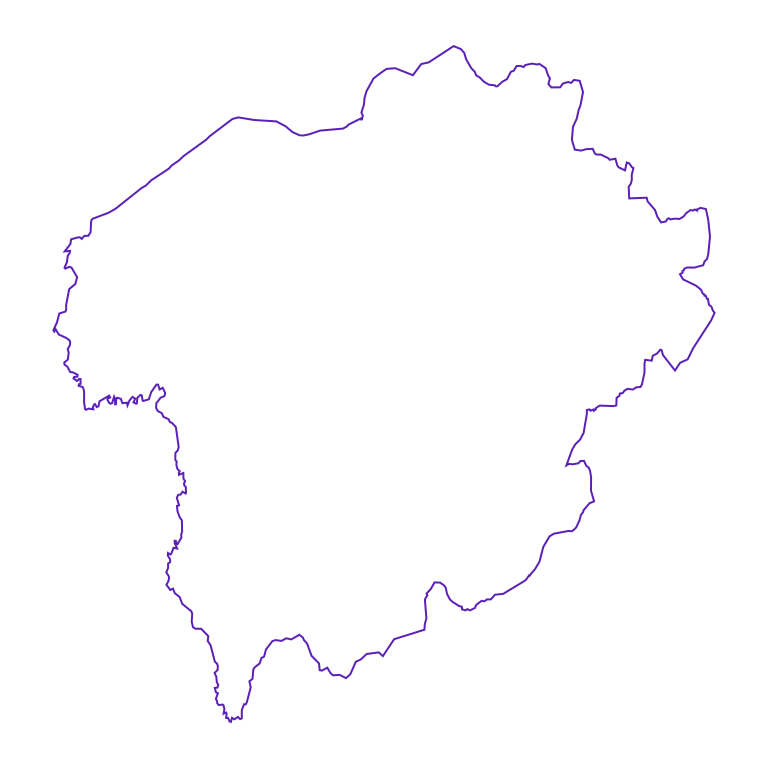 Ngoma, Eastern, Rwanda
{"feature_id": "39286606B28964371534134", "entity_name": "Ngoma", "entity_type": "district", "adm_level": 2, "iso_a3": "RWA", "parent_name": "Rwanda", "parent_adm1": "Eastern", "projection": "equal_earth", "projection_center": [30.488, -2.198], "detail": "fine", "context": "isolated", "style": "outline", "palette": "violet", "viewbox_px": 768, "rotation_deg": 0, "n_neighbors": 0, "source": "geoboundaries", "source_scale": "gbopen_adm2", "svg_char_len": 6013}
<svg xmlns="http://www.w3.org/2000/svg" viewBox="0 0 768 768"><path d="M71.1,239.3L70.4,244.0L64.7,251.4L70.0,250.9L69.7,252.8L67.7,256.0L67.0,262.0L64.5,267.7L65.3,268.6L69.3,266.8L71.5,267.6L77.1,277.1L75.4,283.9L69.2,289.1L66.2,304.7L66.1,310.3L65.3,311.6L59.3,313.5L57.0,322.3L53.4,330.3L54.2,331.6L55.7,329.4L58.8,334.5L66.5,338.1L69.5,340.3L70.2,342.2L69.8,345.5L67.7,349.1L68.7,352.6L67.9,359.5L64.3,362.5L64.5,364.6L67.3,366.6L70.3,372.1L72.8,372.3L77.6,374.8L77.4,376.6L74.1,377.0L73.5,378.4L77.0,381.0L79.3,378.9L80.5,379.0L80.6,383.9L79.0,384.2L78.6,385.8L82.6,387.0L83.5,388.9L84.1,391.6L84.1,402.6L85.1,409.2L86.0,409.8L88.5,408.6L93.4,409.3L92.8,407.3L94.3,404.3L95.1,404.1L96.7,407.1L98.5,406.3L99.5,401.3L109.2,395.6L110.2,397.5L107.6,398.5L107.5,399.7L109.0,402.7L110.5,403.7L112.1,403.2L114.1,396.6L115.0,398.6L115.1,404.3L116.0,404.2L116.1,399.8L116.9,397.9L117.8,397.9L120.8,398.8L122.5,403.2L126.9,402.7L127.5,405.4L129.6,400.3L132.5,396.9L135.2,398.6L133.5,402.4L136.1,403.7L136.8,403.4L137.4,397.8L140.5,394.9L141.8,395.4L142.6,400.6L143.3,401.0L148.8,399.3L151.2,392.1L156.5,384.6L158.1,384.6L159.6,389.5L162.7,387.8L163.4,389.2L165.1,392.8L164.9,394.8L164.3,396.2L160.6,397.7L156.4,403.1L156.1,407.9L157.7,411.0L161.8,413.2L163.5,416.9L168.4,419.1L170.1,422.3L171.8,422.7L175.9,427.2L178.7,447.3L177.6,450.6L175.4,452.9L175.3,459.8L176.6,461.5L176.4,465.1L177.5,469.0L179.7,471.2L178.8,473.0L179.0,474.8L183.3,473.0L183.5,478.8L185.1,481.1L184.0,483.5L184.3,485.4L185.8,487.1L186.0,492.6L185.7,493.5L182.5,491.7L180.7,494.5L178.2,494.9L176.8,497.8L179.1,505.4L177.0,505.9L177.5,511.3L179.7,517.3L181.9,520.4L182.1,531.8L181.1,534.7L181.4,537.5L177.5,544.2L176.8,544.1L175.8,540.8L174.6,540.8L174.7,543.0L177.1,548.5L173.5,547.8L171.2,553.9L170.4,554.5L168.0,553.0L167.8,555.5L170.0,559.2L170.2,561.0L169.9,562.3L168.1,563.5L168.1,568.0L166.3,572.4L168.8,576.2L169.0,578.5L168.5,580.9L166.4,584.8L170.3,590.0L173.0,588.6L174.8,593.2L179.6,597.0L182.3,603.9L191.4,611.3L192.2,614.0L191.7,621.8L193.0,627.1L195.3,628.7L201.2,628.8L208.3,636.1L207.7,641.0L210.6,645.2L214.8,661.6L217.1,663.7L217.8,666.2L217.7,669.7L214.6,673.0L216.3,676.7L216.9,682.6L218.3,684.9L217.4,687.6L214.8,687.9L215.9,692.2L217.9,693.2L215.9,698.9L217.0,700.9L217.2,703.2L218.7,705.0L222.8,704.6L223.5,705.4L224.4,708.9L223.6,713.7L226.0,712.5L226.6,713.9L226.1,717.9L228.1,717.9L229.6,721.5L230.9,721.9L232.0,717.8L234.3,719.3L237.9,716.9L240.1,719.1L241.8,718.3L241.8,710.1L244.0,704.3L245.7,704.4L246.9,702.0L250.7,687.4L249.4,681.3L252.5,678.9L253.3,669.5L254.6,667.4L259.7,663.4L261.5,657.8L263.7,657.0L264.3,655.8L266.0,649.4L272.4,641.1L275.6,640.1L281.5,640.9L286.2,638.3L291.3,639.4L299.4,634.8L302.8,637.5L303.9,640.0L307.0,643.4L311.6,655.9L319.0,663.4L319.7,670.2L321.9,670.6L327.3,667.7L330.5,673.1L333.0,675.3L339.7,674.9L346.0,678.1L350.3,674.3L355.8,661.7L360.8,659.5L366.6,654.0L378.8,652.4L382.9,656.1L394.1,639.2L424.4,629.7L424.8,624.2L426.4,618.3L424.9,599.5L427.3,595.3L426.6,593.4L430.6,589.3L434.6,582.4L440.1,582.6L443.8,585.2L445.7,587.6L447.1,594.1L450.0,599.5L452.2,601.6L459.0,606.0L461.8,606.7L462.0,609.3L465.5,610.4L467.3,609.1L470.0,610.4L475.0,607.9L476.2,604.9L481.5,600.9L484.4,601.3L487.0,599.4L490.8,599.4L495.0,594.7L503.1,593.9L523.4,581.6L526.0,579.8L529.0,575.5L529.9,576.6L529.6,576.1L530.8,574.0L534.9,569.3L539.4,561.9L543.3,546.9L549.5,536.4L553.8,533.7L568.2,531.0L571.9,531.2L574.0,529.6L576.2,527.4L579.5,520.3L581.0,514.8L583.0,512.3L583.7,510.0L589.7,503.1L594.1,501.4L591.0,490.7L591.1,476.8L590.0,470.6L588.7,467.6L586.3,465.8L584.0,460.9L580.4,461.0L578.4,463.3L572.6,464.3L569.2,463.9L566.4,465.4L572.2,449.5L575.4,444.2L580.1,439.6L583.6,432.9L586.8,414.2L586.9,410.0L589.6,409.4L590.5,410.7L593.7,409.4L594.0,410.7L595.7,409.4L596.1,407.9L599.7,405.6L613.5,406.1L616.3,405.4L616.6,397.8L619.4,395.8L619.9,393.5L622.7,393.1L624.5,390.6L627.4,388.9L633.0,389.5L636.2,387.3L640.4,387.0L641.9,384.6L644.5,372.6L644.5,363.6L645.2,359.8L651.7,360.7L652.8,355.8L657.2,353.4L660.3,349.7L661.5,350.0L663.0,355.1L675.0,370.5L680.1,362.8L687.7,359.3L693.1,348.3L711.0,320.6L714.6,312.9L712.8,310.4L711.4,306.6L708.9,304.7L708.0,299.0L707.0,298.8L705.6,295.6L704.5,295.7L704.2,294.4L702.8,293.6L701.0,289.7L695.9,285.6L683.1,279.4L680.0,274.2L682.6,272.7L682.5,271.0L683.7,270.4L684.3,268.7L687.1,267.5L694.3,267.6L703.2,265.2L704.6,261.3L706.9,259.2L708.2,254.7L710.0,236.5L708.2,219.6L705.9,209.0L700.5,207.9L697.0,209.5L697.1,210.6L694.7,209.5L693.0,210.6L690.6,210.0L686.1,213.2L683.6,216.5L679.4,219.0L675.1,218.6L670.3,219.4L669.0,218.3L667.5,218.8L665.8,221.5L661.0,222.4L657.3,216.6L655.0,210.0L647.6,201.4L646.7,197.7L629.2,198.4L628.7,186.7L630.8,183.8L631.8,179.9L631.7,175.1L633.4,168.0L631.9,167.2L629.3,163.4L626.8,162.5L625.0,170.4L618.6,167.3L617.3,165.4L615.4,158.7L609.6,159.8L608.6,158.4L600.9,154.6L596.3,154.5L594.9,153.5L592.7,148.8L586.5,149.1L581.1,150.6L574.8,149.6L571.9,139.9L573.0,126.7L576.7,118.8L578.6,110.2L580.5,105.1L583.0,92.0L579.7,80.8L574.1,79.9L571.0,82.9L568.1,82.0L562.9,83.5L560.2,87.3L551.3,87.4L548.4,84.0L549.9,78.4L548.0,75.2L545.7,68.2L539.3,63.9L537.2,64.5L531.9,63.6L525.2,65.1L523.6,67.1L520.5,65.9L516.5,66.1L513.8,70.7L510.9,71.8L506.9,79.2L502.2,81.8L497.2,86.4L495.4,86.2L494.8,85.3L489.0,84.7L484.0,81.8L479.9,77.6L476.1,75.2L474.8,71.8L471.4,68.3L466.2,59.4L464.2,52.8L460.9,49.1L453.6,46.1L428.7,62.4L421.3,64.0L412.9,75.2L395.2,68.2L386.5,68.9L380.2,73.3L373.5,78.5L366.4,91.4L364.5,98.2L364.0,104.3L361.4,112.6L362.8,115.5L362.0,119.3L361.3,119.6L360.8,118.5L348.3,124.7L347.0,126.4L343.0,128.6L320.1,130.6L309.1,134.3L303.4,135.5L299.6,135.3L292.5,132.1L285.6,126.3L276.4,121.4L254.2,120.0L238.3,117.4L232.4,119.0L209.7,136.2L206.3,139.6L183.4,156.2L178.8,160.6L171.6,165.5L168.9,168.6L151.2,180.3L145.7,185.7L141.7,187.9L115.6,208.7L108.7,212.7L92.8,218.7L91.5,220.0L91.1,221.9L90.6,232.1L88.3,235.8L84.3,235.9L81.7,238.9L80.0,237.3L78.3,237.3L71.1,239.3Z" fill="none" stroke="#5b21b6" stroke-width="2"/></svg>